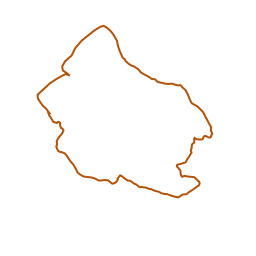 an SVG outline of Suriname, rotated 309°
{"feature_id": "SUR", "entity_name": "Suriname", "entity_type": "country or territory", "adm_level": 0, "iso_a3": "SUR", "parent_name": "South America", "parent_adm1": "", "projection": "equal_earth", "projection_center": [-56.071, 3.918], "detail": "fine", "context": "isolated", "style": "outline", "palette": "amber", "viewbox_px": 256, "rotation_deg": 309, "n_neighbors": 0, "source": "natural_earth", "source_scale": "50m", "svg_char_len": 2235}
<svg xmlns="http://www.w3.org/2000/svg" viewBox="0 0 256 256"><g transform="rotate(309 128 128)"><path d="M188.8,64.6L186.1,67.7L183.1,72.2L179.2,79.8L179.4,82.2L178.5,84.1L178.3,87.6L178.6,91.4L179.6,93.9L180.1,98.7L179.3,103.0L179.6,105.5L180.4,109.5L181.1,113.7L181.0,115.4L181.9,116.8L182.8,118.2L182.5,122.0L185.7,128.7L187.6,131.6L190.3,134.5L191.3,137.3L192.9,140.6L193.8,141.0L194.3,142.4L193.8,145.0L193.7,148.6L192.0,152.8L187.9,160.4L187.4,162.2L188.5,168.6L187.9,173.8L187.6,176.3L185.6,180.9L180.9,192.0L178.2,194.0L176.5,197.2L175.5,197.2L174.3,197.5L173.9,197.9L172.4,197.9L171.3,196.5L171.1,194.8L170.5,192.9L169.0,192.3L166.2,193.0L165.4,192.5L163.8,190.4L162.4,188.2L162.1,186.0L161.2,186.2L159.1,188.2L157.7,188.6L156.5,188.1L155.3,188.2L152.0,190.3L150.1,190.8L148.8,192.9L139.9,193.9L137.5,194.4L132.2,190.8L130.8,189.6L130.1,189.4L129.5,189.6L128.9,190.4L128.1,195.0L127.3,196.3L125.9,197.3L124.5,199.1L124.2,200.9L126.3,201.9L128.1,205.3L130.0,208.1L131.5,210.6L131.3,213.3L131.0,217.2L129.9,218.6L128.1,219.2L121.3,217.3L116.1,215.6L113.9,215.3L113.0,214.8L111.7,213.4L110.3,212.1L108.2,211.6L105.7,210.7L103.9,207.2L101.9,202.3L101.3,200.1L99.8,198.0L98.3,194.9L97.9,192.2L96.7,189.7L96.2,188.9L95.3,185.5L95.1,184.2L94.7,184.1L94.1,183.0L92.9,179.4L92.6,178.5L92.1,178.2L90.7,175.6L89.6,174.8L89.2,173.5L89.3,169.9L88.7,168.2L88.5,164.8L88.5,163.5L87.9,162.0L87.0,161.1L86.8,158.7L86.6,152.8L86.2,151.7L82.2,151.8L81.8,152.4L80.1,152.7L78.1,152.8L76.4,152.0L75.0,151.0L74.7,149.7L74.9,145.5L72.6,142.4L68.9,138.6L67.8,133.7L66.5,130.6L62.4,124.2L61.7,119.9L61.7,116.8L63.1,113.9L65.1,108.9L65.9,104.4L66.5,102.1L67.6,99.0L68.5,95.0L67.8,92.5L66.6,90.1L66.2,88.3L67.4,85.6L68.6,83.8L69.9,83.5L71.6,82.4L72.9,80.8L74.9,80.4L77.5,80.2L82.7,80.2L85.3,79.5L86.1,78.2L86.0,75.7L87.3,73.5L88.7,72.5L89.3,71.8L89.4,71.0L89.0,70.2L88.4,69.7L87.0,69.5L85.7,65.7L86.6,64.0L87.7,60.8L88.0,59.1L89.8,56.3L90.2,57.2L91.5,52.1L91.7,48.0L92.7,44.0L94.3,39.2L97.1,36.8L113.5,39.2L121.0,41.5L130.7,45.5L132.1,49.7L132.1,45.5L131.7,41.2L134.3,38.2L140.2,37.1L148.9,38.6L156.5,36.8L166.7,37.0L182.3,40.4L189.3,42.8L192.1,44.9L192.7,48.7L192.4,53.6L191.3,58.3L188.8,64.6Z" fill="none" stroke="#b45309" stroke-width="2"/></g></svg>